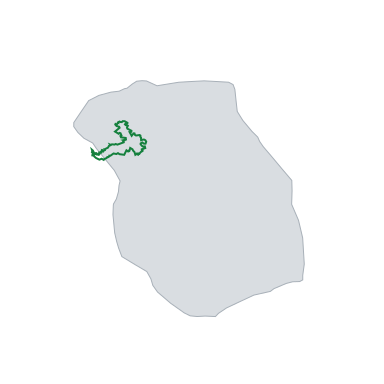 location of Telle, Quthing, Lesotho, rotated 112°
{"feature_id": "5366337B55047013089331", "entity_name": "Telle", "entity_type": "district", "adm_level": 2, "iso_a3": "LSO", "parent_name": "Lesotho", "parent_adm1": "Quthing", "projection": "equal_earth", "projection_center": [28.078, -30.25], "detail": "medium", "context": "in_parent", "style": "outline", "palette": "green", "viewbox_px": 384, "rotation_deg": 112, "n_neighbors": 0, "source": "geoboundaries", "source_scale": "gbopen_adm2", "svg_char_len": 2907}
<svg xmlns="http://www.w3.org/2000/svg" viewBox="0 0 384 384"><g transform="rotate(112 192 192)"><path d="M242.6,256.8L233.7,260.0L232.5,260.3L226.8,259.5L219.3,260.3L213.3,262.1L208.7,262.8L201.1,272.1L187.4,297.1L183.8,302.4L182.7,312.2L179.6,320.0L175.7,326.1L171.9,327.6L160.5,325.2L145.9,322.0L137.3,314.5L129.8,304.6L125.8,297.3L121.6,293.4L120.1,291.1L114.2,287.8L111.9,286.1L110.0,284.8L107.5,280.0L106.1,275.8L106.6,264.2L102.4,257.3L95.2,245.4L90.6,235.7L84.4,222.4L80.5,211.0L76.5,199.2L77.0,194.2L80.8,190.7L91.9,184.8L100.4,180.2L106.6,171.7L113.3,159.2L116.5,151.6L119.8,148.2L123.3,142.9L129.5,131.0L136.5,117.9L143.9,103.8L153.3,99.7L166.1,95.0L178.4,82.6L193.1,72.2L216.8,60.9L227.8,58.1L232.0,56.4L234.7,58.6L237.5,65.0L241.5,70.4L250.9,79.8L254.8,82.1L264.4,96.0L274.7,105.6L286.6,116.6L294.6,122.0L298.7,123.6L302.1,133.3L305.5,140.5L307.5,147.3L307.0,153.9L303.2,170.0L297.7,186.4L293.3,193.3L287.9,197.6L282.7,204.1L280.7,217.3L278.2,232.8L271.4,239.1L266.1,243.3L258.8,248.4L242.6,256.8Z" fill="#d9dde1" stroke="#a8b0b8" stroke-width="1"/><path d="M190.3,300.6L191.3,299.8L192.6,299.7L193.6,297.5L194.6,298.3L195.4,298.1L195.0,296.5L195.6,296.0L196.4,293.8L196.7,290.0L195.0,288.2L195.3,285.9L194.3,285.7L192.5,283.9L191.3,283.6L191.1,282.8L190.2,282.2L189.3,282.3L189.0,281.3L185.7,279.2L185.1,276.3L183.7,275.2L184.1,273.4L182.9,268.8L177.9,268.4L178.4,266.4L177.7,265.6L177.1,266.0L176.7,265.5L174.3,265.8L174.7,263.2L175.7,262.1L176.5,260.3L178.7,258.5L177.3,257.7L177.7,257.5L177.6,256.3L177.1,256.6L176.7,255.7L176.0,256.5L176.3,255.2L174.2,254.5L172.5,253.2L171.7,253.5L171.7,254.4L171.2,254.6L168.8,251.8L167.4,252.8L168.2,254.4L167.9,256.0L166.8,257.7L166.2,257.8L164.7,256.7L165.2,254.8L164.6,253.2L162.5,253.3L161.5,254.6L161.3,255.8L161.6,256.8L163.0,258.6L160.6,259.7L160.1,260.7L159.0,261.0L158.8,261.9L160.6,265.1L160.4,266.3L159.2,267.3L159.5,268.1L162.5,269.0L159.8,272.3L158.9,270.8L157.9,271.1L157.5,275.6L156.7,276.4L154.7,276.3L154.8,278.5L154.4,279.5L153.7,279.3L152.7,277.6L152.0,277.8L151.6,280.9L152.3,282.8L153.5,283.3L154.0,284.8L153.8,285.5L154.8,286.5L155.5,286.2L155.5,286.7L157.8,287.0L157.6,288.4L158.2,288.4L159.1,286.6L158.8,284.0L159.6,283.2L164.8,286.0L165.5,281.8L164.4,281.4L164.3,280.3L166.0,278.6L166.9,279.3L167.9,278.3L166.7,273.7L168.1,272.9L169.6,275.0L169.6,274.0L170.9,274.7L171.6,274.0L176.0,278.9L176.1,280.8L177.0,281.5L177.8,284.1L178.7,284.9L178.7,285.9L179.3,285.2L180.4,286.3L182.3,286.5L184.9,288.8L185.4,288.6L185.4,289.1L186.0,288.8L187.0,289.4L186.9,290.0L187.4,289.8L187.3,290.5L187.7,290.2L187.8,290.8L188.4,290.8L188.1,291.2L189.6,291.1L189.8,291.5L189.4,291.4L189.4,291.9L190.8,292.0L190.6,292.6L191.3,292.4L191.5,293.2L191.9,293.1L191.9,292.4L192.5,292.4L192.7,294.1L193.6,294.0L193.0,294.4L192.4,294.1L192.9,295.5L192.0,295.7L192.7,297.2L190.7,299.4L190.3,300.6Z" fill="none" stroke="#15803d" stroke-width="2"/></g></svg>